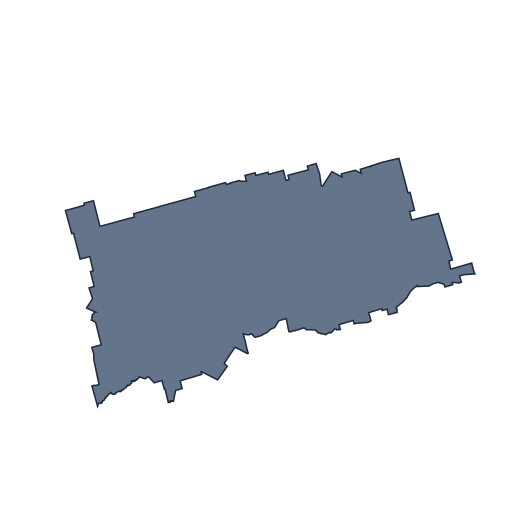 McKinlay, Queensland, Australia, rotated 250°
{"feature_id": "25037944B31801469695154", "entity_name": "McKinlay", "entity_type": "district", "adm_level": 2, "iso_a3": "AUS", "parent_name": "Australia", "parent_adm1": "Queensland", "projection": "natural_earth1", "projection_center": [141.103, -20.594], "detail": "fine", "context": "isolated", "style": "filled", "palette": "slate", "viewbox_px": 512, "rotation_deg": 250, "n_neighbors": 0, "source": "geoboundaries", "source_scale": "gbopen_adm2", "svg_char_len": 5790}
<svg xmlns="http://www.w3.org/2000/svg" viewBox="0 0 512 512"><g transform="rotate(250 256 256)"><path d="M168.7,55.7L168.9,55.9L169.3,56.0L169.8,56.3L171.1,57.7L171.2,57.9L171.3,58.9L171.2,59.2L170.6,59.9L170.6,60.3L170.8,60.6L170.7,60.9L170.9,61.0L171.3,61.0L171.2,61.6L171.5,61.9L172.2,61.9L172.4,62.2L172.6,62.5L172.6,62.8L172.3,63.4L172.3,63.6L172.6,63.9L172.8,64.5L174.0,65.2L174.1,65.5L173.9,65.7L173.8,65.9L173.9,66.1L174.0,66.3L174.8,66.6L175.1,66.9L174.9,67.3L175.0,68.1L175.8,69.1L176.2,69.9L176.5,70.3L176.7,71.1L176.6,71.8L176.7,72.0L177.0,72.1L177.5,72.6L177.5,72.8L177.4,73.1L175.8,73.4L175.2,73.8L175.0,74.0L174.9,74.9L174.4,75.8L174.4,76.2L174.6,76.7L175.2,77.4L175.3,77.8L175.2,78.2L175.4,78.7L175.8,79.2L175.9,79.4L175.7,80.7L175.3,81.2L175.5,81.8L175.2,81.9L174.9,82.2L174.9,82.3L175.0,82.8L175.3,82.9L175.3,83.4L175.3,83.6L175.5,83.7L175.8,83.4L176.0,83.6L176.0,83.9L175.9,84.3L175.7,84.6L175.6,85.2L176.0,85.9L176.4,86.8L176.6,88.2L176.6,88.6L176.9,89.0L177.2,89.5L177.5,89.6L177.7,90.1L178.0,90.1L178.1,90.3L178.0,90.7L178.5,91.1L178.5,91.3L178.4,91.5L178.2,91.3L177.9,91.6L177.9,91.8L177.9,93.3L178.1,93.6L178.4,93.9L178.6,93.9L178.7,94.2L178.7,94.4L179.0,95.2L179.5,95.6L179.9,95.8L180.0,96.8L180.3,96.9L180.4,96.5L180.7,96.4L181.2,96.4L181.3,96.6L181.2,97.1L180.4,97.8L180.1,98.3L180.2,98.7L180.4,99.2L180.3,99.3L179.9,99.2L179.8,99.3L180.0,99.6L180.4,99.6L180.6,99.9L180.6,100.4L180.3,100.3L180.2,100.4L180.2,100.8L180.5,101.7L181.1,102.6L181.1,103.1L181.3,103.8L181.6,104.2L182.1,104.4L182.3,104.6L182.4,104.9L182.4,105.0L178.7,109.4L178.8,109.7L178.8,110.0L179.1,110.9L179.1,111.0L178.8,111.1L179.2,111.9L179.2,112.2L179.3,112.5L179.2,113.1L179.4,113.4L179.5,113.6L171.6,117.0L171.1,125.0L162.1,124.3L161.5,125.0L148.7,123.5L148.8,123.8L149.1,124.3L149.1,124.6L148.8,124.7L148.7,124.5L148.7,124.2L148.4,124.2L148.6,124.6L148.2,124.6L148.0,125.0L148.3,125.0L148.4,125.3L148.3,125.5L148.2,125.6L148.3,125.8L148.6,125.7L148.8,125.8L148.5,126.3L148.7,126.7L148.5,127.0L148.8,127.2L148.8,127.3L148.8,127.6L148.6,127.7L148.3,127.4L148.2,127.4L148.1,127.7L148.4,127.9L148.4,128.2L148.1,128.3L147.9,128.1L147.6,128.7L157.1,134.4L156.7,141.1L156.7,141.3L164.6,142.0L163.3,164.6L166.1,164.8L166.1,165.1L152.7,177.6L162.2,191.3L163.6,190.5L165.1,189.9L166.2,189.6L177.5,205.1L167.3,214.5L167.2,215.4L171.0,215.6L180.9,216.9L181.5,216.7L187.2,217.5L186.6,218.4L186.4,218.6L185.4,220.0L184.6,221.8L184.3,223.2L184.4,223.4L184.6,223.7L184.6,224.1L184.7,224.6L184.6,224.9L184.1,225.1L183.7,225.5L182.6,225.9L182.4,226.2L180.7,226.7L180.6,227.0L180.4,227.1L180.2,227.1L180.0,227.4L179.9,227.5L179.4,233.4L180.6,240.8L182.2,244.7L182.4,249.0L187.4,255.4L186.8,263.0L173.9,261.0L173.3,261.4L173.2,261.7L173.1,262.8L172.7,263.2L172.7,263.6L172.9,263.9L173.2,264.7L173.5,264.8L173.5,265.0L173.4,265.2L173.0,265.3L172.7,265.9L172.4,267.3L172.5,267.8L172.7,268.2L172.8,268.4L172.7,268.9L172.1,270.1L172.1,270.5L172.3,270.8L172.3,271.3L172.4,271.8L172.4,272.5L172.2,273.4L172.4,274.4L172.2,274.8L172.3,275.4L172.0,276.0L172.0,276.4L171.7,276.6L171.4,277.3L171.2,277.4L170.9,277.5L170.2,277.6L169.7,277.8L169.2,278.5L169.1,279.5L168.3,281.2L168.0,281.7L167.7,283.1L166.7,284.9L166.5,285.9L166.2,286.4L165.9,286.7L165.4,286.7L165.0,286.9L164.6,287.6L164.1,287.7L163.6,287.5L163.3,287.6L162.3,288.4L161.9,289.4L161.5,289.8L160.7,290.3L160.5,290.5L160.5,290.8L160.6,291.2L160.6,291.5L160.0,292.3L159.5,292.6L159.4,292.8L159.5,293.0L159.0,293.7L158.3,294.3L158.2,294.9L158.3,295.2L158.6,295.7L158.7,296.3L158.6,296.8L158.8,297.0L158.8,297.5L159.1,297.9L159.2,298.2L159.1,298.9L158.1,299.7L158.1,300.1L158.4,300.5L158.7,301.8L159.1,302.4L159.2,302.8L159.4,303.1L159.8,303.5L159.9,303.9L160.4,304.6L160.3,305.4L160.4,305.7L160.3,305.9L159.7,306.4L159.5,306.5L159.1,306.5L158.9,306.6L158.8,307.4L158.9,307.7L158.7,308.5L158.3,308.8L158.3,309.0L158.2,309.6L158.0,310.2L163.1,310.5L162.2,325.3L158.6,325.0L158.5,327.0L155.3,338.4L155.7,341.9L164.2,342.6L163.5,356.0L161.6,355.9L161.2,361.0L155.6,360.4L154.7,369.3L157.6,370.3L158.8,370.1L159.0,370.2L159.5,370.2L159.8,370.3L160.5,372.4L161.1,373.8L161.3,374.5L161.5,374.8L162.2,377.6L162.9,378.7L163.2,379.6L164.2,381.0L165.5,384.0L166.8,385.1L167.0,385.6L167.4,385.9L168.6,387.5L169.3,388.0L170.1,389.7L170.6,390.5L171.1,391.5L171.7,393.2L172.3,394.3L172.4,395.6L172.7,396.7L173.1,397.3L173.1,397.6L172.0,397.5L168.8,407.6L168.7,409.6L169.3,412.5L169.0,417.9L165.1,423.1L162.3,422.9L161.7,431.0L164.1,431.2L164.1,431.5L161.3,437.2L161.1,440.0L167.7,440.5L167.4,444.7L164.3,455.6L164.6,455.5L167.4,455.4L167.8,455.5L171.0,455.8L171.8,455.7L172.1,455.9L175.6,456.3L177.1,434.4L185.2,435.6L185.1,439.2L233.6,441.8L236.5,414.7L245.2,415.5L244.8,420.6L263.1,422.5L263.3,420.4L286.3,422.5L298.9,423.7L300.9,407.1L301.3,395.5L300.8,395.2L300.8,394.7L301.3,394.7L301.5,389.0L301.8,383.6L297.7,383.1L302.6,378.7L304.0,364.2L300.8,363.9L309.3,356.1L298.9,342.5L300.1,341.4L311.6,343.9L322.3,344.1L322.9,335.0L319.1,334.7L320.2,321.3L320.3,321.3L320.9,313.6L316.5,313.2L316.9,310.0L327.2,311.0L328.4,295.8L330.6,296.0L331.8,283.4L334.5,283.7L335.5,273.2L329.4,272.5L332.1,266.1L332.3,265.7L332.7,265.8L333.4,256.8L333.0,256.8L333.4,252.8L333.7,252.8L334.9,252.5L335.4,252.5L336.8,234.7L336.5,234.7L337.7,220.2L332.5,219.7L337.6,155.4L334.2,155.1L337.3,119.5L363.6,122.2L364.4,112.3L362.4,112.2L363.9,92.5L339.9,90.5L339.7,92.3L313.2,89.7L312.3,99.6L297.7,97.9L298.0,95.1L282.7,93.5L283.1,88.2L271.8,87.8L265.1,79.0L261.3,82.8L258.1,86.2L258.2,85.7L258.2,84.6L257.9,84.1L257.2,83.5L256.9,82.2L256.3,81.9L255.3,81.5L254.9,80.9L254.5,80.6L253.9,80.6L253.3,80.7L252.4,80.0L252.2,79.3L248.6,82.6L225.5,80.2L226.3,70.5L219.4,70.0L213.7,68.1L188.9,64.5L189.2,61.2L189.9,59.4L190.1,57.4L168.7,55.7Z" fill="#64748b" stroke="#1e293b" stroke-width="1.5"/></g></svg>